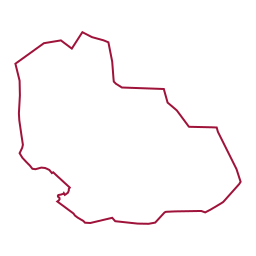 Tai, Rivers, Nigeria
{"feature_id": "59680162B30773772502776", "entity_name": "Tai", "entity_type": "district", "adm_level": 2, "iso_a3": "NGA", "parent_name": "Nigeria", "parent_adm1": "Rivers", "projection": "albers", "projection_center": [7.245, 4.762], "detail": "fine", "context": "isolated", "style": "outline", "palette": "rose", "viewbox_px": 256, "rotation_deg": 0, "n_neighbors": 0, "source": "geoboundaries", "source_scale": "gbopen_adm2", "svg_char_len": 1101}
<svg xmlns="http://www.w3.org/2000/svg" viewBox="0 0 256 256"><path d="M85.0,222.7L90.3,223.0L112.2,217.8L115.2,221.2L137.6,223.6L148.6,223.8L155.2,222.6L164.5,212.5L165.6,211.9L166.1,211.8L174.8,211.4L199.1,211.0L201.3,211.0L205.2,212.4L210.4,209.7L221.2,203.3L223.3,201.9L238.8,184.5L239.1,184.2L240.6,181.8L236.5,169.1L217.9,131.8L216.7,127.5L211.9,127.3L189.3,126.8L188.8,126.6L176.8,110.4L167.6,102.6L163.8,89.0L121.9,87.5L116.5,84.1L116.1,83.9L113.8,81.6L113.5,78.7L112.2,61.6L108.4,42.3L103.5,40.3L91.9,37.1L82.4,32.2L82.3,32.3L71.8,48.6L60.9,40.4L43.9,43.2L15.4,63.7L19.6,80.7L19.9,95.4L18.9,113.3L19.3,120.3L21.5,135.6L22.3,140.8L22.9,144.8L22.2,147.8L19.6,153.2L22.4,157.8L26.6,162.3L29.8,165.5L32.4,168.8L35.5,169.2L41.3,167.6L45.1,168.0L47.4,169.0L49.4,170.0L51.9,173.1L53.2,172.3L57.9,176.7L69.8,187.6L68.8,189.0L68.8,190.5L67.9,192.7L65.9,194.2L64.8,194.9L63.8,193.1L63.3,193.9L61.7,194.3L60.9,194.6L58.4,195.0L57.9,195.7L58.0,196.7L59.3,197.6L59.6,199.1L58.8,200.4L57.3,201.5L73.5,213.5L74.9,215.5L77.5,217.5L83.4,221.0L85.0,222.7Z" fill="none" stroke="#9f1239" stroke-width="2"/></svg>